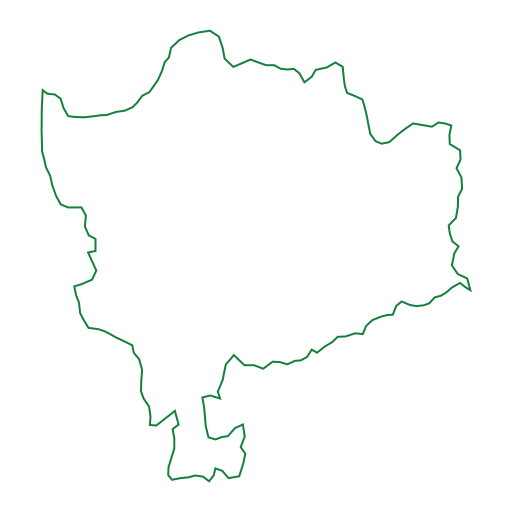 Cabreúva, São Paulo, Brazil
{"feature_id": "56859067B26102733992690", "entity_name": "Cabreúva", "entity_type": "district", "adm_level": 2, "iso_a3": "BRA", "parent_name": "Brazil", "parent_adm1": "São Paulo", "projection": "equal_earth", "projection_center": [-47.08, -23.313], "detail": "fine", "context": "isolated", "style": "outline", "palette": "green", "viewbox_px": 512, "rotation_deg": 0, "n_neighbors": 0, "source": "geoboundaries", "source_scale": "gbopen_adm2", "svg_char_len": 2462}
<svg xmlns="http://www.w3.org/2000/svg" viewBox="0 0 512 512"><path d="M317.1,352.7L324.7,346.6L332.5,341.9L337.7,336.8L345.4,336.5L355.2,333.3L362.8,334.1L366.1,326.0L372.4,320.1L380.9,316.7L387.2,315.1L392.8,314.7L396.3,305.8L401.7,301.5L409.9,305.0L416.5,306.1L423.7,305.3L429.3,303.3L434.8,297.3L440.5,295.9L445.7,292.9L452.1,287.4L460.1,282.9L465.1,287.0L470.4,290.2L467.2,278.5L457.7,274.0L451.9,265.3L454.4,253.2L458.6,246.3L452.5,241.6L449.8,233.4L448.7,225.4L455.9,218.0L457.9,206.6L458.0,196.9L462.1,188.8L461.4,177.3L456.5,168.2L460.5,159.7L460.1,150.3L449.8,144.1L449.4,135.2L451.3,125.5L445.2,123.5L438.5,122.5L431.9,126.7L422.0,125.0L413.0,123.5L405.3,128.7L397.6,134.7L389.3,142.1L381.7,143.7L375.4,141.1L370.2,133.7L368.4,124.4L366.4,114.1L364.4,106.1L362.4,99.5L354.8,96.0L347.1,92.9L344.9,86.3L343.8,78.4L342.7,66.8L335.4,62.5L326.7,67.5L315.7,69.9L311.6,76.9L304.4,82.3L299.5,73.4L294.0,68.9L287.0,69.5L280.6,68.7L274.2,65.2L266.1,65.2L258.5,62.5L250.5,59.5L245.3,61.8L233.3,66.9L224.6,58.6L222.7,48.1L218.9,36.6L209.9,30.7L198.3,32.5L188.5,35.4L179.4,40.0L171.1,47.8L168.9,57.5L164.7,62.2L161.8,71.4L157.7,80.4L153.9,85.8L149.3,92.2L142.3,95.7L137.2,102.6L132.6,107.2L124.7,110.7L116.2,111.9L106.7,115.0L100.3,115.3L93.4,116.3L84.4,117.3L74.9,117.0L68.2,116.1L63.6,108.1L60.6,98.7L54.8,94.5L47.3,93.7L42.7,90.1L41.8,108.1L41.6,130.6L42.1,151.5L44.2,159.4L45.9,167.1L50.2,175.9L52.2,185.0L56.0,195.7L60.7,204.4L68.2,207.5L81.4,207.4L85.9,215.6L84.9,226.5L88.8,235.4L95.5,239.0L95.5,251.0L88.1,252.5L92.0,261.1L96.3,270.5L92.0,279.7L81.2,284.3L74.3,286.4L76.0,294.9L79.0,302.7L80.1,313.0L83.1,318.9L88.5,327.9L98.1,329.1L104.7,331.3L109.7,333.8L116.0,337.5L121.6,340.0L132.3,345.3L133.8,352.8L139.2,359.3L142.1,369.9L141.3,380.4L141.0,391.3L143.6,398.5L149.1,406.7L150.5,416.8L149.9,425.0L156.3,425.5L174.9,410.9L178.6,424.5L172.6,429.2L174.3,438.2L174.3,448.6L171.4,457.7L168.5,467.4L168.2,475.1L172.0,479.8L180.6,478.1L188.7,477.3L195.1,475.5L203.0,476.6L209.1,481.3L213.7,475.4L215.4,468.4L222.2,470.8L228.5,478.1L239.2,476.3L243.3,463.4L245.3,453.7L240.7,447.1L244.7,436.6L242.9,424.5L235.1,428.0L227.8,436.2L222.0,437.0L215.5,439.4L208.5,437.4L205.8,426.5L204.1,407.4L202.4,397.5L210.2,395.5L220.1,398.5L217.8,391.6L222.6,380.2L225.8,364.5L233.9,355.1L244.4,365.2L254.0,365.2L263.2,368.7L272.7,361.7L280.0,362.1L287.3,364.3L295.1,360.8L300.8,360.4L307.1,356.9L311.7,349.6L317.1,352.7Z" fill="none" stroke="#15803d" stroke-width="2"/></svg>